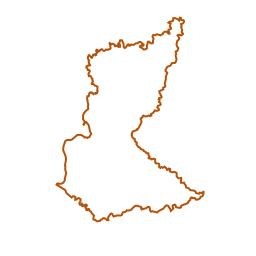 outline of José Batlle y Ordóñez, Lavalleja, Uruguay, rotated 343°
{"feature_id": "84410073B85755445847609", "entity_name": "José Batlle y Ordóñez", "entity_type": "district", "adm_level": 2, "iso_a3": "URY", "parent_name": "Uruguay", "parent_adm1": "Lavalleja", "projection": "robinson", "projection_center": [-55.068, -33.521], "detail": "fine", "context": "isolated", "style": "outline", "palette": "amber", "viewbox_px": 256, "rotation_deg": 343, "n_neighbors": 0, "source": "geoboundaries", "source_scale": "gbopen_adm2", "svg_char_len": 5825}
<svg xmlns="http://www.w3.org/2000/svg" viewBox="0 0 256 256"><g transform="rotate(343 128 128)"><path d="M43.1,161.3L49.8,169.0L50.2,172.4L53.8,178.0L55.3,177.2L56.5,177.5L57.5,178.7L56.5,181.2L57.8,181.4L58.9,180.7L60.4,180.6L61.8,182.2L61.4,183.5L60.7,184.6L59.7,185.2L59.4,186.4L59.8,187.6L60.6,187.6L61.8,186.8L62.2,188.1L61.5,189.2L62.2,189.6L64.9,188.7L65.9,189.3L65.9,190.4L64.0,191.2L64.0,192.0L64.5,192.8L64.2,194.3L65.2,194.8L66.3,193.8L67.0,194.2L67.1,196.0L68.3,197.3L68.4,198.9L69.9,201.8L68.4,204.2L68.2,205.5L70.0,206.3L70.3,207.3L71.3,208.3L74.2,208.6L74.8,207.9L76.3,207.8L77.9,207.0L79.3,207.5L81.5,210.3L82.3,210.4L82.7,207.9L86.1,205.0L87.1,204.9L87.8,205.6L88.3,208.4L92.5,208.5L95.0,209.5L96.7,209.3L98.2,207.3L98.9,207.1L99.3,207.4L101.4,207.3L102.7,206.3L103.5,206.9L105.8,207.3L107.3,207.1L109.8,205.5L112.2,204.6L114.3,205.1L117.5,207.5L117.7,208.5L117.0,209.0L117.2,209.9L121.7,210.0L124.1,209.2L125.4,210.0L125.0,213.2L125.6,214.8L127.0,214.7L131.0,217.3L133.4,216.3L138.3,215.4L141.4,213.3L142.6,213.4L143.8,214.4L144.0,216.1L144.6,217.0L144.7,219.8L147.8,218.3L147.7,215.7L148.6,215.0L150.0,214.9L150.8,215.3L150.8,217.8L154.2,219.6L155.4,219.4L155.5,218.5L156.5,217.8L163.0,217.4L163.9,216.9L164.1,216.1L166.7,214.9L166.9,213.9L167.6,213.2L168.7,213.0L169.4,214.0L171.3,214.4L171.8,215.1L171.8,216.2L173.0,216.7L174.5,216.8L176.2,216.3L177.4,215.0L179.0,215.0L179.8,214.5L180.7,213.4L181.6,211.2L181.4,211.0L179.7,211.7L177.6,210.8L176.7,211.6L174.1,210.2L173.8,208.1L172.3,206.9L169.3,205.6L168.6,203.7L166.2,201.7L166.5,200.0L165.7,198.1L165.7,196.7L162.7,195.9L162.7,194.9L164.1,192.4L164.2,191.3L161.8,191.0L161.1,190.1L160.4,188.5L161.3,185.4L160.6,184.3L159.3,183.6L157.5,183.3L156.0,182.3L155.4,181.6L156.3,179.4L155.1,178.7L153.6,179.7L153.2,179.5L152.5,177.0L151.6,175.6L149.7,176.2L148.5,175.1L147.4,175.7L146.5,174.8L146.5,173.8L147.3,171.9L147.0,171.1L144.3,169.9L143.9,169.2L144.8,165.8L144.4,165.2L143.3,164.9L141.2,164.9L141.0,164.0L139.1,163.2L138.9,162.6L140.0,161.9L140.2,161.2L139.7,160.0L140.1,158.1L138.4,157.6L137.8,156.0L136.2,154.5L136.3,153.6L133.7,151.5L133.7,150.3L132.2,148.9L131.3,145.9L132.1,144.9L131.9,143.9L131.0,143.3L130.7,141.9L131.3,140.7L129.6,138.6L129.4,135.9L130.0,135.4L129.9,134.5L131.5,132.7L136.1,132.5L136.4,131.7L137.7,131.5L142.5,126.5L142.9,124.8L142.7,123.3L143.0,122.5L144.9,122.1L145.4,121.0L146.3,120.6L147.0,121.4L148.4,122.2L150.3,122.3L151.2,122.0L152.6,123.1L153.9,122.9L153.7,122.1L153.9,121.4L156.2,121.0L158.8,119.0L160.1,119.9L161.7,120.1L163.0,119.6L163.0,118.4L162.2,117.3L162.2,116.5L163.2,115.5L165.2,115.6L166.2,115.0L166.2,113.6L165.2,111.9L166.1,111.2L166.5,110.4L165.7,109.4L166.7,108.4L168.7,108.7L169.4,107.6L168.8,105.9L168.9,105.1L168.4,104.1L168.7,102.0L173.0,101.4L173.3,99.8L175.8,99.3L176.2,96.2L178.4,92.5L179.2,90.0L181.7,86.6L180.6,84.6L180.8,83.5L183.4,81.0L186.9,80.7L188.6,79.0L189.7,78.8L191.9,79.5L193.2,78.5L194.2,77.1L194.6,75.6L194.5,74.1L194.8,72.5L195.7,71.2L195.9,68.9L197.8,68.6L199.6,66.3L198.9,64.9L198.7,62.6L200.5,59.2L202.6,58.2L203.1,57.5L203.1,55.7L202.4,53.9L202.9,53.6L204.0,53.7L206.0,55.0L207.0,54.9L207.8,54.4L208.2,53.7L207.4,52.9L207.4,51.8L208.4,50.5L208.3,47.0L209.0,46.5L209.1,44.1L211.0,44.1L212.2,43.3L212.9,42.0L212.5,41.1L211.3,40.8L210.2,39.7L210.8,38.3L209.9,37.7L209.2,38.5L209.2,39.4L208.4,40.3L207.8,39.0L205.7,37.1L204.2,36.2L203.3,36.3L202.8,37.9L202.0,38.8L198.7,38.6L197.5,39.1L199.2,40.6L197.7,43.2L198.4,44.8L197.8,45.9L195.7,45.8L195.2,46.1L195.1,47.0L195.5,49.0L195.2,50.0L194.3,49.6L193.2,47.3L192.0,46.8L190.4,46.9L189.3,47.5L188.9,48.2L186.1,48.9L183.1,46.8L180.9,47.2L180.0,46.6L178.9,46.6L178.1,47.9L178.5,49.3L178.4,50.5L177.5,51.6L176.9,53.7L176.1,54.2L175.5,54.1L173.9,52.9L173.5,51.7L172.5,51.3L171.7,52.0L171.0,53.7L169.7,55.3L169.7,57.0L168.2,57.9L165.9,57.5L165.0,55.9L163.2,54.1L163.7,52.9L164.6,52.8L166.3,53.8L167.3,53.1L167.3,52.6L166.2,51.3L166.0,50.5L164.8,49.2L163.1,49.2L162.1,49.7L160.5,49.4L157.4,50.1L154.9,49.0L154.5,49.6L153.6,49.8L152.9,49.3L152.8,48.2L152.2,48.1L149.4,50.3L148.1,50.5L147.6,48.9L148.3,46.6L148.1,44.1L147.8,42.5L147.3,42.0L146.0,41.9L144.9,43.7L142.9,44.8L143.0,45.5L144.6,45.9L144.1,48.0L142.9,47.8L140.7,45.8L139.5,46.0L139.2,45.4L139.6,44.6L139.3,44.1L138.1,43.0L136.5,42.8L135.3,41.5L134.9,42.2L135.5,43.8L135.0,44.4L134.7,46.5L134.3,47.0L131.5,47.4L130.8,46.7L130.0,46.6L128.0,47.3L126.9,46.8L126.0,45.0L124.0,45.2L123.2,46.2L121.8,45.4L121.5,44.3L120.9,44.0L120.0,44.9L120.7,45.9L120.9,46.8L118.8,47.6L119.0,48.8L118.1,49.0L117.3,48.0L116.1,47.7L115.6,48.7L114.4,49.5L114.3,50.2L114.0,50.3L113.1,49.3L112.9,48.2L112.2,46.9L111.6,47.1L110.2,48.8L110.0,50.9L110.6,52.0L109.7,53.2L109.8,54.2L109.6,55.1L110.1,56.9L109.3,57.0L108.1,56.5L107.4,56.8L106.4,56.8L105.8,58.1L106.6,59.0L106.5,60.8L107.9,61.3L108.1,62.6L106.3,64.3L105.8,65.2L106.0,66.4L105.8,66.9L106.9,66.9L107.5,67.5L107.9,69.8L108.4,70.7L108.0,71.2L108.0,73.2L107.6,73.3L107.4,74.2L106.5,74.7L106.3,75.4L107.8,75.9L108.6,77.7L109.5,78.1L110.9,79.6L109.9,82.5L109.5,82.9L109.7,84.1L108.6,85.1L108.5,85.7L107.0,85.7L106.9,85.1L105.5,85.1L104.8,85.5L104.5,84.6L103.6,84.0L103.8,83.5L103.0,83.1L102.6,83.5L101.7,83.1L101.2,83.4L99.8,86.0L98.4,85.8L98.3,86.5L97.6,87.4L96.9,92.2L97.0,93.8L96.0,95.6L95.6,98.1L92.2,99.6L90.3,100.9L88.6,103.0L87.6,106.8L88.2,108.2L88.3,109.4L87.9,110.2L86.5,111.5L86.7,111.9L89.1,109.9L89.7,109.9L91.1,113.4L91.2,115.1L90.6,120.2L91.2,122.7L88.2,125.5L87.0,125.3L86.1,125.6L85.3,124.7L83.6,124.3L83.3,123.3L81.2,121.0L79.5,120.3L77.4,119.9L71.1,122.6L69.5,122.7L66.6,121.7L65.5,121.7L64.0,122.4L60.9,126.8L59.5,130.2L60.1,136.3L59.6,139.9L56.7,145.5L57.0,146.1L55.8,149.4L55.7,153.1L52.6,158.2L52.5,159.2L50.8,161.0L49.5,161.7L47.3,161.7L44.3,160.4L43.6,160.7L43.1,161.3Z" fill="none" stroke="#b45309" stroke-width="2"/></g></svg>